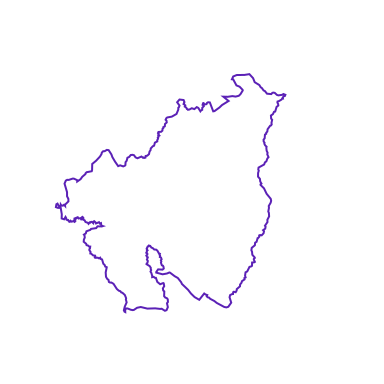 the district of Albania, La Guajira, Colombia, rotated 41°
{"feature_id": "7082276B89391660501858", "entity_name": "Albania", "entity_type": "district", "adm_level": 2, "iso_a3": "COL", "parent_name": "Colombia", "parent_adm1": "La Guajira", "projection": "orthographic", "projection_center": [-72.544, 11.245], "detail": "fine", "context": "isolated", "style": "outline", "palette": "violet", "viewbox_px": 384, "rotation_deg": 41, "n_neighbors": 0, "source": "geoboundaries", "source_scale": "gbopen_adm2", "svg_char_len": 6081}
<svg xmlns="http://www.w3.org/2000/svg" viewBox="0 0 384 384"><g transform="rotate(41 192 192)"><path d="M250.3,297.9L249.3,294.7L246.1,292.4L246.0,290.8L244.1,288.9L242.9,288.6L241.0,289.2L239.3,288.9L236.3,285.2L234.9,285.2L233.2,283.8L232.8,281.3L230.6,279.5L230.0,279.6L228.5,282.5L224.8,282.6L221.1,280.5L220.4,281.1L218.7,281.2L217.8,282.4L217.1,281.5L214.5,279.8L212.9,279.3L212.4,277.7L211.3,277.2L210.7,276.3L208.7,275.7L205.0,276.3L204.7,275.7L204.9,274.8L203.9,273.0L202.3,272.6L201.5,270.3L200.6,270.5L199.2,269.9L199.4,268.6L198.7,267.8L197.4,267.9L197.3,267.0L196.7,266.3L196.7,265.2L195.8,265.2L195.5,264.5L194.9,264.4L194.3,262.1L194.9,261.5L194.6,260.7L195.8,260.1L197.9,260.6L199.0,260.1L201.2,260.2L202.8,259.0L204.4,259.0L207.2,260.0L208.3,259.7L208.6,260.7L209.5,260.8L210.4,262.2L211.6,261.8L213.2,262.7L213.3,264.0L214.4,264.5L214.9,265.7L217.3,267.1L218.4,266.7L219.5,267.1L220.9,268.3L220.7,269.9L217.2,272.6L217.5,275.8L217.9,276.3L223.8,273.4L226.6,269.9L227.7,267.6L228.3,267.3L234.2,266.9L237.7,266.2L243.0,267.2L244.7,268.0L253.2,268.4L257.8,269.3L262.9,269.6L268.2,268.6L267.8,260.6L269.3,260.5L271.1,259.8L271.4,261.0L272.8,261.2L274.3,260.5L275.7,260.7L280.5,259.6L283.4,259.5L291.8,257.6L293.7,256.5L294.7,254.8L294.2,249.8L289.4,246.8L288.4,244.8L289.2,242.8L289.9,242.1L288.8,240.6L289.0,239.8L290.7,239.0L290.4,237.2L289.5,235.9L290.1,231.7L289.0,230.3L288.9,228.0L288.2,226.5L289.0,223.5L288.0,222.6L288.5,221.3L287.0,220.4L285.1,217.5L285.8,215.7L284.5,210.8L285.5,209.3L285.7,208.3L283.6,205.8L285.0,204.4L285.3,203.5L283.0,202.5L282.5,201.8L282.7,200.7L282.4,200.3L278.7,199.8L276.5,197.7L275.0,197.0L273.7,194.9L274.4,191.0L272.9,188.8L273.4,187.2L271.8,183.8L272.1,183.5L272.1,181.5L271.2,180.7L271.6,179.8L273.0,179.0L273.1,176.2L272.1,174.4L270.7,174.2L271.3,171.6L270.3,169.9L269.2,169.6L268.7,165.2L267.1,163.5L266.2,159.8L263.7,157.3L262.4,156.7L260.5,153.5L259.1,152.2L258.4,148.5L257.5,146.7L255.9,145.5L249.5,144.4L243.9,142.0L239.1,141.7L238.7,141.3L238.9,140.1L236.6,139.3L234.6,137.5L231.8,137.1L229.4,134.3L228.4,132.1L227.3,131.6L226.2,129.9L228.4,123.9L227.6,121.8L228.0,120.1L226.9,117.3L226.9,115.5L224.1,114.2L223.3,112.8L221.3,111.9L219.1,109.9L218.6,108.9L216.6,108.8L214.9,108.1L214.4,107.2L213.0,106.9L211.7,105.6L211.6,103.8L209.4,100.8L209.8,99.4L209.1,98.5L209.2,97.0L207.9,95.1L207.5,90.7L208.0,89.8L207.8,88.7L206.7,87.8L205.1,84.9L203.6,84.7L201.4,82.5L202.0,80.2L201.3,77.7L202.0,76.7L200.0,72.3L200.4,70.1L199.3,69.1L197.8,68.5L197.2,67.6L198.0,66.3L198.9,63.6L198.8,62.2L199.3,61.8L198.5,61.2L198.5,59.3L199.1,58.6L198.7,57.4L196.7,58.1L196.3,59.5L193.8,62.4L192.4,63.0L189.4,62.9L188.2,63.6L187.6,64.4L187.6,66.1L184.1,68.6L180.8,68.0L179.4,68.4L176.5,67.7L175.1,67.9L172.7,67.1L167.3,68.0L163.4,66.0L158.0,65.4L154.8,69.2L149.0,74.4L147.3,77.8L148.2,80.7L149.3,80.0L155.6,82.4L158.8,81.3L163.2,81.7L163.7,82.1L164.4,86.4L164.2,88.7L162.3,91.4L159.6,93.1L156.5,96.7L153.1,99.5L159.9,99.3L157.6,106.7L157.3,110.1L155.9,116.2L155.1,117.2L146.7,112.7L145.3,113.7L144.9,114.8L145.3,116.2L143.9,117.8L142.4,117.3L142.1,117.7L142.8,119.3L143.9,119.0L144.6,119.4L144.5,121.7L145.8,123.3L145.3,124.6L145.4,125.6L141.6,124.4L139.9,124.8L139.4,127.9L136.9,128.9L135.9,131.5L135.0,132.6L134.4,132.4L133.7,132.7L132.4,132.1L130.5,132.3L130.1,131.0L128.0,131.1L128.1,130.5L127.3,129.7L127.3,129.1L125.3,128.1L121.9,130.4L121.9,134.0L125.9,135.0L126.5,136.6L126.4,137.4L127.6,138.8L129.1,143.3L127.3,148.4L124.4,152.0L124.2,153.2L124.7,154.8L126.0,154.9L127.3,156.1L127.0,158.4L128.4,160.3L127.8,161.9L128.4,162.5L128.3,163.6L129.4,165.1L129.2,166.8L127.3,168.7L127.7,169.9L128.9,170.0L129.1,171.1L130.3,171.0L130.0,172.0L130.6,172.6L130.5,173.4L131.4,174.0L131.8,175.8L132.6,176.6L131.6,179.1L133.0,181.9L132.4,183.1L132.3,186.2L133.3,187.7L133.4,189.3L134.7,191.6L134.4,194.0L133.4,195.2L134.3,196.6L133.7,197.5L132.9,197.6L132.7,198.3L130.6,198.4L128.7,202.3L126.7,202.9L124.1,202.3L122.8,202.9L121.5,204.3L121.6,206.7L120.8,208.5L122.2,211.3L122.3,213.1L124.1,215.4L124.1,216.1L123.3,217.8L120.3,219.0L119.3,220.9L114.1,219.6L109.0,217.9L106.5,216.5L101.6,215.1L100.1,216.1L99.3,218.5L98.2,219.5L98.1,221.4L98.8,222.7L99.3,225.6L99.1,231.4L98.3,236.3L102.2,241.0L102.7,242.1L99.5,246.2L99.4,247.7L99.8,248.4L99.2,252.5L99.5,255.4L98.5,259.4L97.6,258.4L94.1,259.4L93.2,260.1L91.0,263.8L89.8,264.7L89.3,266.2L90.3,269.3L97.8,274.1L100.5,277.2L103.2,278.3L104.9,280.2L104.5,284.9L105.4,285.8L103.8,285.6L103.5,287.1L101.9,287.8L101.2,287.6L102.1,288.8L101.6,289.4L100.5,289.9L98.1,289.0L97.7,290.2L99.2,292.7L101.1,292.0L103.3,290.1L108.3,294.2L111.0,297.5L113.4,296.5L112.9,293.8L114.5,294.4L115.3,295.2L116.5,295.0L116.9,294.4L119.0,295.0L119.4,294.6L119.2,293.4L120.7,293.3L121.6,291.8L123.0,291.6L123.0,290.5L121.6,290.5L121.9,288.6L121.1,289.4L120.7,289.1L122.3,286.0L123.8,286.4L125.1,284.7L126.3,285.4L126.7,285.1L126.8,284.1L125.5,283.3L125.6,282.7L126.8,282.7L128.3,284.2L129.5,283.8L131.3,284.5L133.6,283.6L134.8,283.9L134.7,282.4L135.2,282.0L134.9,281.6L135.9,280.3L137.9,280.3L137.1,279.1L137.3,278.2L139.3,278.2L140.2,278.7L141.6,275.8L143.2,276.3L143.7,275.2L145.6,276.8L147.1,276.2L146.5,277.2L143.2,279.9L143.4,282.1L140.0,286.1L140.1,287.3L138.1,290.9L139.0,292.9L138.4,295.1L139.4,295.3L141.0,296.8L141.6,298.8L142.9,300.6L146.1,300.5L147.3,301.3L148.7,300.6L150.2,300.7L151.0,300.0L152.0,301.5L152.1,302.6L152.8,303.3L154.6,303.7L155.6,305.1L156.3,304.7L159.1,304.7L160.6,303.6L161.2,303.9L161.6,305.2L162.1,305.2L164.0,303.4L165.4,303.1L165.8,301.8L167.1,302.4L168.4,301.9L172.1,304.3L174.0,304.4L175.4,305.2L177.0,304.7L179.6,309.3L182.7,312.4L184.9,313.2L186.6,313.1L188.3,314.4L189.6,314.1L190.6,313.2L193.0,312.8L198.9,314.5L201.5,314.5L203.0,313.9L204.5,314.2L205.6,313.7L208.9,313.8L212.0,315.4L212.6,316.5L215.1,318.2L216.5,322.7L218.2,326.0L219.6,326.6L220.4,326.4L219.0,324.9L218.6,323.2L219.7,322.2L223.1,321.0L224.8,320.0L225.5,319.1L226.5,315.4L228.8,312.4L234.8,309.3L240.5,304.0L244.7,301.1L245.7,300.0L249.5,299.4L250.3,297.9Z" fill="none" stroke="#5b21b6" stroke-width="2"/></g></svg>